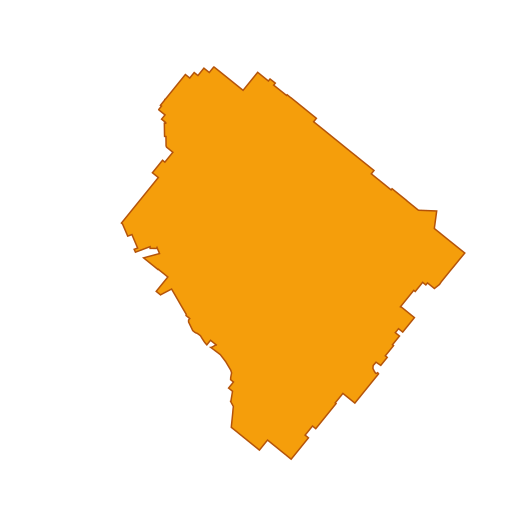 the district of Trayning, Western Australia, Australia, rotated 129°
{"feature_id": "25037944B98291984831496", "entity_name": "Trayning", "entity_type": "district", "adm_level": 2, "iso_a3": "AUS", "parent_name": "Australia", "parent_adm1": "Western Australia", "projection": "natural_earth1", "projection_center": [117.834, -31.167], "detail": "fine", "context": "isolated", "style": "filled", "palette": "amber", "viewbox_px": 512, "rotation_deg": 129, "n_neighbors": 0, "source": "geoboundaries", "source_scale": "gbopen_adm2", "svg_char_len": 2894}
<svg xmlns="http://www.w3.org/2000/svg" viewBox="0 0 512 512"><g transform="rotate(129 256 256)"><path d="M315.1,381.3L315.1,379.9L318.2,374.0L321.3,368.2L317.4,365.9L318.4,364.1L324.3,353.0L327.5,354.9L328.9,352.1L315.4,344.2L316.7,343.1L312.8,338.1L311.7,338.3L314.8,332.5L322.8,338.3L328.2,342.2L328.2,323.7L327.8,323.7L327.8,311.3L339.4,311.3L346.3,311.3L346.3,305.9L346.3,305.7L345.9,305.6L340.3,303.2L334.8,300.8L335.6,298.7L341.5,283.4L345.2,273.6L346.3,272.9L346.3,268.1L348.2,268.1L349.7,266.9L353.8,258.2L353.8,255.6L353.7,255.1L353.7,254.6L353.5,254.1L353.3,253.5L353.1,253.0L352.9,249.5L353.0,248.7L353.8,246.6L355.2,242.3L355.7,240.2L356.0,238.3L350.1,238.3L350.1,231.4L350.1,230.2L350.1,230.3L350.3,230.7L350.5,231.1L350.9,231.4L351.3,231.6L353.2,232.3L353.9,232.6L354.5,232.9L355.1,233.2L355.5,233.6L355.1,221.6L357.2,213.0L360.6,203.8L362.2,201.4L366.5,199.1L368.1,197.9L368.1,194.2L368.4,194.2L375.9,194.2L375.9,189.1L384.9,184.0L385.0,184.1L387.2,178.9L389.7,177.3L392.2,175.6L397.2,172.3L404.7,167.4L404.7,167.2L404.7,131.2L391.8,131.2L391.8,115.8L391.8,100.8L380.1,100.8L372.0,100.8L364.3,100.8L364.3,105.1L356.7,105.1L352.6,105.1L352.6,100.9L328.1,100.9L320.3,100.9L320.3,102.0L308.1,102.0L308.1,86.6L303.7,86.6L297.5,86.6L288.3,86.6L280.2,86.6L270.5,86.6L270.5,86.8L270.1,88.0L271.3,88.5L271.8,89.0L271.8,89.4L271.0,91.9L270.2,93.5L269.8,94.4L267.4,96.0L265.2,96.0L265.2,95.9L263.0,95.9L262.5,90.2L252.2,90.2L252.2,92.7L239.1,92.7L239.1,94.1L227.9,94.1L227.9,99.5L222.8,99.5L222.8,94.1L213.5,94.1L204.2,94.1L204.2,110.5L204.6,111.8L204.1,111.8L193.0,111.8L183.4,111.8L183.4,109.9L176.9,109.9L171.6,109.9L171.6,105.8L169.0,105.8L169.0,96.9L162.7,95.5L159.3,95.8L159.2,95.8L145.2,95.8L136.6,95.7L130.9,95.7L122.3,95.6L122.4,115.9L122.4,119.1L122.4,119.3L122.4,134.7L121.3,135.4L111.9,141.1L107.3,143.9L116.6,156.4L118.2,158.5L118.2,167.9L118.2,173.4L118.1,173.5L118.1,192.6L119.6,192.6L119.6,218.1L115.3,218.1L115.4,249.9L115.4,270.3L115.4,270.7L115.4,295.7L111.0,295.7L111.0,303.7L111.0,328.4L111.1,328.6L111.1,333.3L112.0,333.3L112.1,349.8L109.5,349.8L109.6,356.5L112.2,356.5L112.2,365.1L112.2,370.3L122.9,370.3L135.4,370.3L135.4,376.4L135.5,407.2L135.6,407.7L136.0,407.8L142.8,407.8L142.8,414.7L143.3,414.7L149.3,414.7L149.5,414.7L152.3,414.7L152.3,414.8L152.3,419.5L159.4,419.5L159.4,425.1L162.8,425.1L169.0,425.1L175.2,425.1L176.0,425.1L180.9,425.1L190.9,425.1L191.0,425.2L191.7,425.4L192.4,425.1L199.1,425.1L199.1,424.5L199.1,424.3L199.0,423.8L202.7,423.8L203.3,423.8L203.5,423.7L203.6,423.4L203.6,420.9L203.6,415.5L203.9,415.5L204.0,415.5L209.1,415.5L209.1,410.2L209.7,409.7L210.5,410.8L219.7,403.1L220.6,402.3L219.8,401.2L227.0,395.2L227.7,394.0L227.7,391.5L227.7,385.9L240.4,385.9L240.4,388.9L249.0,388.9L256.1,388.9L256.5,388.9L256.5,386.7L256.5,381.3L277.5,381.3L295.6,381.3L308.9,381.3L315.1,381.3Z" fill="#f59e0b" stroke="#b45309" stroke-width="1.5"/></g></svg>